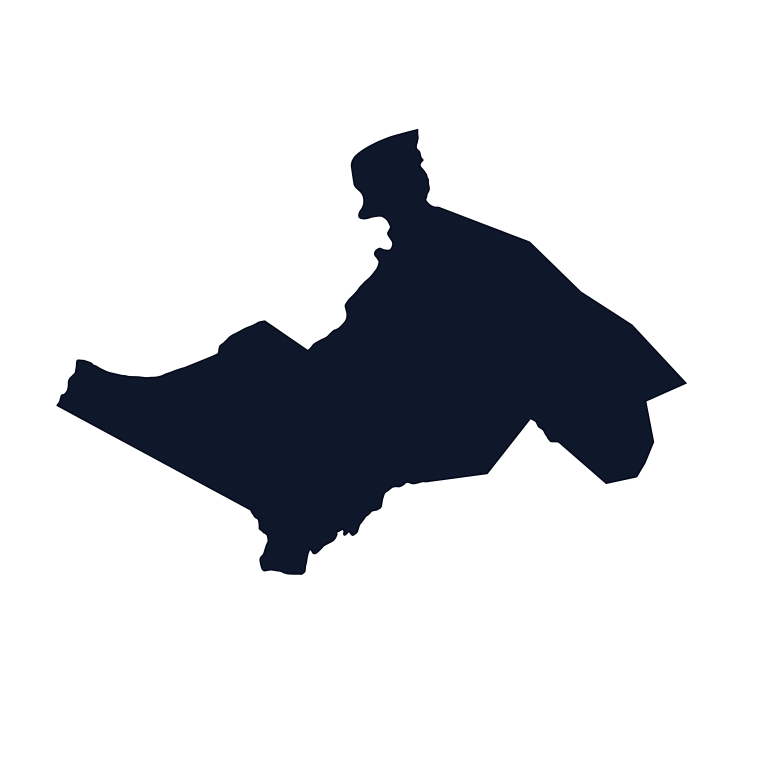 the district of Ojos de Agua, Comayagua, Honduras, rotated 38°
{"feature_id": "27666195B51970998087864", "entity_name": "Ojos de Agua", "entity_type": "district", "adm_level": 2, "iso_a3": "HND", "parent_name": "Honduras", "parent_adm1": "Comayagua", "projection": "natural_earth1", "projection_center": [-87.676, 14.8], "detail": "fine", "context": "isolated", "style": "filled", "palette": "ink", "viewbox_px": 768, "rotation_deg": 38, "n_neighbors": 0, "source": "geoboundaries", "source_scale": "gbopen_adm2", "svg_char_len": 6170}
<svg xmlns="http://www.w3.org/2000/svg" viewBox="0 0 768 768"><g transform="rotate(38 384 384)"><path d="M621.3,197.5L543.1,185.0L482.4,190.5L411.4,182.7L318.2,211.3L316.1,213.0L314.8,213.7L313.8,214.1L311.3,214.7L309.6,214.8L308.2,214.7L305.5,214.2L304.1,213.9L303.2,213.1L302.7,212.2L302.6,211.3L302.3,210.6L300.8,207.6L300.4,205.0L300.1,203.8L299.5,202.6L298.3,201.2L296.2,199.5L294.7,198.0L294.1,197.0L293.3,196.1L292.5,195.5L290.2,194.4L289.2,193.4L288.1,192.7L286.9,192.5L284.8,191.7L281.3,190.9L280.3,190.8L279.3,190.6L278.0,189.9L277.1,188.9L276.7,187.3L276.6,186.2L276.6,185.6L276.9,184.1L276.4,183.4L275.1,183.3L273.4,182.7L271.1,180.8L269.3,179.4L268.2,179.0L267.1,179.0L264.6,178.6L263.7,177.9L262.4,176.1L261.9,175.0L261.7,174.3L261.2,173.0L259.3,169.3L258.6,168.4L257.4,167.3L256.6,166.5L253.9,163.0L248.3,170.2L241.3,179.5L237.3,185.0L235.1,188.6L232.6,192.9L230.4,196.8L228.6,200.5L226.2,205.7L224.5,210.0L223.4,213.1L222.1,217.6L221.5,220.6L221.2,223.2L221.4,225.3L221.8,227.7L222.3,228.9L222.9,230.3L223.6,231.4L224.3,232.3L232.4,240.1L237.9,245.2L238.9,245.7L241.0,246.3L246.9,246.8L249.1,247.3L250.4,247.8L251.8,248.6L253.0,249.4L254.2,250.5L255.1,251.5L256.2,252.9L257.0,254.1L257.6,255.2L258.2,257.0L258.7,258.9L258.8,260.0L258.9,262.4L259.3,264.3L259.7,265.4L260.3,266.3L260.9,267.1L261.6,267.6L262.7,267.8L263.9,267.5L265.3,266.8L266.8,265.8L268.4,264.1L269.5,262.8L270.8,260.7L273.6,257.5L275.9,255.2L277.9,253.6L278.7,253.1L280.3,252.7L281.8,252.5L283.6,252.5L285.2,252.6L286.8,253.1L290.0,254.5L292.8,256.1L293.0,256.6L294.0,262.5L294.3,263.1L295.2,263.7L296.0,264.1L303.3,266.6L304.0,267.2L305.0,268.4L305.8,270.0L306.4,271.9L306.5,272.8L306.4,273.8L306.3,274.5L306.1,275.0L305.5,275.8L304.6,276.6L302.0,278.2L301.2,278.6L298.4,279.3L297.0,279.9L296.4,281.1L295.8,282.5L295.6,283.5L295.6,284.8L295.7,285.6L296.1,286.4L296.6,287.2L297.3,287.8L298.6,288.3L300.2,288.6L303.6,289.7L304.4,290.1L305.0,290.6L305.4,291.1L306.2,292.9L307.0,294.9L307.4,296.7L307.6,297.9L307.7,300.2L307.7,304.3L307.6,307.2L307.4,309.6L306.3,314.8L306.1,316.2L306.0,318.5L305.6,321.6L305.5,323.4L305.7,326.1L305.7,328.2L305.4,332.1L304.5,339.0L304.7,342.8L305.0,345.4L305.4,346.2L307.1,347.7L310.1,349.9L311.9,351.5L312.5,352.3L313.2,353.3L314.0,354.6L314.5,355.8L314.8,356.8L315.0,358.0L315.1,359.2L315.1,360.6L314.8,364.2L314.5,366.3L314.2,367.7L313.9,368.6L313.0,370.7L311.8,372.4L311.5,373.3L310.8,377.5L310.5,380.9L310.0,382.8L309.3,384.5L307.9,387.0L307.1,388.8L305.2,393.2L304.4,395.8L304.2,397.0L304.3,399.5L304.2,401.3L304.0,402.8L303.6,404.7L251.3,407.9L249.8,409.5L247.6,412.1L247.2,412.8L246.3,415.1L244.6,418.7L243.8,420.2L241.9,423.2L240.2,426.4L236.7,434.5L234.6,438.7L233.7,441.4L233.4,442.7L233.2,445.5L232.4,451.0L231.7,453.2L231.4,454.9L231.5,455.7L232.0,456.8L232.8,458.3L234.0,460.2L234.4,461.0L234.7,462.2L234.6,462.6L234.3,463.3L232.8,466.2L230.3,470.8L217.5,493.0L216.7,494.2L213.7,498.4L211.2,502.2L208.7,506.5L206.1,510.4L204.7,513.2L203.5,515.2L202.2,516.9L200.6,518.8L198.6,520.6L196.5,522.3L194.5,524.2L192.6,525.8L185.9,529.9L179.0,535.0L177.4,535.9L175.8,536.5L173.5,538.0L171.2,539.3L161.3,543.9L158.9,544.8L157.7,545.2L152.0,546.5L145.7,547.4L144.7,547.7L143.1,548.4L141.9,548.0L141.0,547.9L140.1,548.0L139.2,548.2L135.6,549.4L132.7,550.6L129.3,552.9L128.5,553.4L128.0,554.0L127.9,554.6L128.2,555.5L131.1,559.8L133.9,565.0L134.0,565.4L133.9,566.5L133.1,573.1L133.2,574.1L133.6,575.3L134.3,576.8L135.9,578.8L137.4,581.2L138.1,582.7L138.7,584.4L138.9,586.5L138.8,588.2L138.1,589.9L137.2,590.8L137.0,591.3L137.0,591.9L137.3,592.7L138.8,596.2L139.4,597.7L139.5,599.1L139.5,600.9L139.7,602.1L356.7,565.2L357.9,566.0L358.5,566.3L360.1,566.9L361.5,567.2L362.8,567.8L363.8,568.1L365.0,568.3L366.3,568.0L367.0,567.9L368.0,568.0L368.6,568.2L369.8,569.1L372.3,571.5L372.7,572.1L373.7,573.0L374.4,574.3L375.0,574.7L376.1,574.9L377.4,574.7L380.9,575.1L382.6,574.7L384.0,574.8L384.8,574.9L385.5,575.2L386.9,576.3L388.8,578.2L389.6,579.1L389.9,579.7L390.4,582.2L391.0,584.3L393.4,590.5L393.9,592.0L394.0,593.3L393.8,595.1L393.7,596.4L393.8,597.2L394.1,598.0L394.6,598.7L395.7,599.9L398.7,602.5L401.0,604.2L401.7,604.6L402.6,604.9L403.6,605.0L404.5,604.9L406.1,603.3L408.4,600.7L409.2,600.0L410.6,599.1L415.9,596.2L417.0,595.4L418.4,594.8L420.3,594.5L421.5,594.2L423.2,593.5L425.0,592.7L429.6,589.5L433.2,586.6L434.8,585.4L434.7,585.1L434.9,584.8L435.1,584.7L435.5,584.9L435.9,584.8L436.1,584.6L436.4,583.8L436.8,582.1L437.0,581.0L436.9,580.2L434.0,575.7L432.9,573.0L431.4,570.3L430.1,568.0L429.0,565.7L428.3,564.2L427.7,562.4L427.4,561.3L427.4,560.6L427.5,560.2L427.8,559.8L428.1,559.6L428.5,559.6L429.6,559.8L431.9,560.8L432.8,560.8L433.5,560.5L434.0,560.1L434.3,559.5L434.7,558.6L435.0,557.2L435.4,555.0L435.7,552.3L435.9,549.7L436.1,548.4L436.6,547.0L437.6,544.8L439.9,539.8L440.2,538.8L440.4,538.0L440.4,535.4L439.6,532.0L439.0,531.2L438.1,529.8L437.8,528.9L437.9,528.5L438.1,528.3L438.7,528.2L439.0,527.9L439.3,527.2L439.8,525.8L440.2,525.0L440.7,524.1L441.3,523.8L442.2,523.9L443.1,524.4L443.7,525.1L444.2,526.2L444.8,527.0L445.4,527.4L445.9,527.3L446.2,526.9L446.4,526.4L447.0,522.2L447.2,521.7L447.5,521.5L447.9,521.5L449.0,522.1L449.7,522.2L451.0,522.6L452.1,522.5L452.5,522.4L452.7,522.1L453.5,519.6L453.9,517.8L453.9,517.1L453.2,515.2L451.5,510.8L451.2,509.3L451.2,508.2L451.3,506.4L451.0,499.1L451.1,498.7L451.7,497.7L451.9,496.5L452.3,494.1L452.3,492.4L452.5,491.6L453.2,490.5L455.7,487.7L457.1,484.5L457.3,483.6L457.2,482.6L456.8,481.5L453.8,476.1L452.0,471.6L451.7,470.4L451.6,469.0L451.8,467.7L452.0,467.0L452.7,465.5L453.2,462.7L454.0,460.2L454.7,459.1L455.7,458.0L457.4,456.6L458.7,455.9L459.7,454.7L460.4,453.5L460.8,452.4L461.3,451.0L461.5,449.4L461.8,448.3L462.1,447.7L462.6,447.0L463.2,446.6L463.9,446.2L465.9,445.6L467.4,445.0L468.1,444.6L468.9,444.0L470.8,441.8L474.2,437.2L475.6,436.1L477.2,435.1L520.3,391.0L520.5,320.8L526.7,319.9L529.2,321.0L530.8,321.9L532.1,322.4L533.3,322.4L536.7,322.0L538.5,322.3L542.3,324.1L544.7,324.8L547.3,325.9L550.6,326.6L552.1,325.7L556.5,322.4L558.1,322.1L620.2,325.4L640.1,301.5L638.1,285.5L632.0,263.8L600.6,236.4L621.3,197.5Z" fill="#0f172a" stroke="#020617" stroke-width="1.5"/></g></svg>